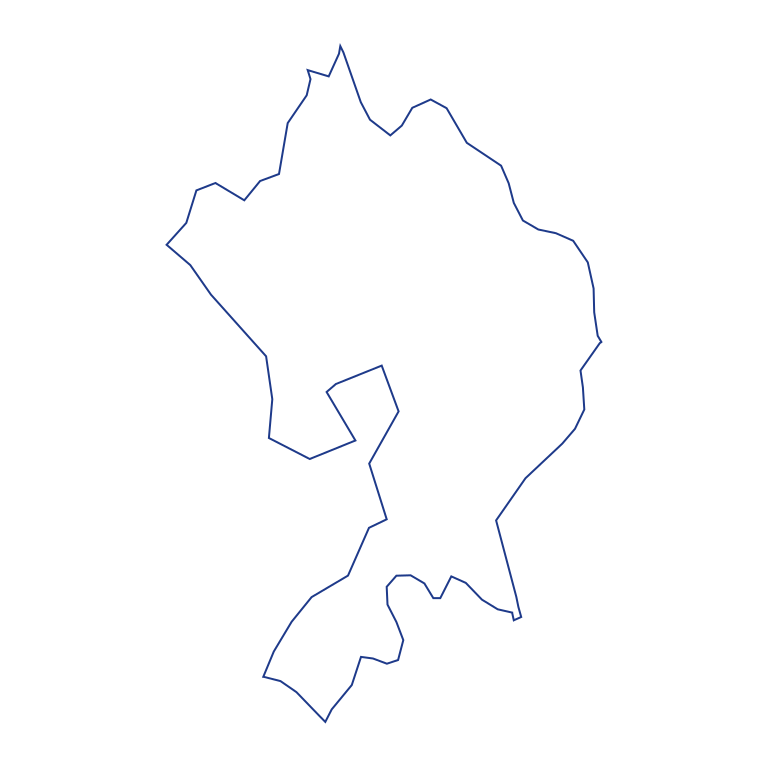 outline of Stîngă Nistrului
{"feature_id": "MDA-1628", "entity_name": "Stîngă Nistrului", "entity_type": "District", "adm_level": 1, "iso_a3": "MDA", "parent_name": "Moldova", "parent_adm1": "", "projection": "albers", "projection_center": [29.192, 47.279], "detail": "fine", "context": "isolated", "style": "outline", "palette": "blue", "viewbox_px": 768, "rotation_deg": 0, "n_neighbors": 0, "source": "natural_earth", "source_scale": "10m", "svg_char_len": 1352}
<svg xmlns="http://www.w3.org/2000/svg" viewBox="0 0 768 768"><path d="M340.3,46.1L343.4,52.4L360.8,102.2L370.0,119.7L390.3,135.4L401.8,125.6L412.3,107.8L430.7,99.5L446.6,108.2L466.8,142.8L501.1,165.7L508.7,183.3L513.8,202.9L522.9,220.5L538.3,229.5L555.9,233.2L573.2,240.8L587.8,262.4L593.6,288.5L594.2,312.3L597.7,335.8L601.4,342.0L601.2,342.2L599.8,343.1L580.5,370.5L582.9,387.4L584.3,409.5L575.0,428.8L562.3,443.6L525.5,478.2L496.1,520.4L516.3,596.8L518.4,607.0L521.2,617.0L514.2,620.1L513.8,620.3L512.2,613.0L512.2,612.6L497.7,609.3L482.5,600.0L482.0,599.7L466.2,583.3L465.8,582.9L451.3,576.4L440.3,598.1L433.6,598.1L433.3,598.1L424.6,583.8L424.5,583.5L410.6,575.3L396.4,575.7L386.7,586.8L387.5,604.6L396.4,622.0L403.3,640.1L398.1,660.0L386.9,663.7L373.0,658.5L361.0,656.9L351.8,685.0L331.7,709.4L325.3,721.9L319.2,715.7L296.6,692.3L296.4,692.1L280.5,681.1L264.0,676.9L263.3,676.8L273.8,651.5L291.6,621.8L311.6,597.1L348.0,575.6L369.0,527.8L386.7,519.3L369.2,463.6L398.6,411.4L381.7,365.6L335.9,384.0L326.7,391.9L326.6,392.0L355.4,440.5L309.7,459.0L268.9,438.0L272.3,399.2L266.1,356.3L211.0,294.7L190.3,265.1L166.6,244.8L186.3,222.9L196.4,190.4L215.4,183.0L244.3,200.3L260.1,181.0L279.0,174.0L287.7,123.1L306.7,95.3L310.5,79.1L307.7,70.1L308.0,70.2L328.7,76.4L339.0,53.7L340.2,46.6L340.3,46.1Z" fill="none" stroke="#1e3a8a" stroke-width="2"/></svg>